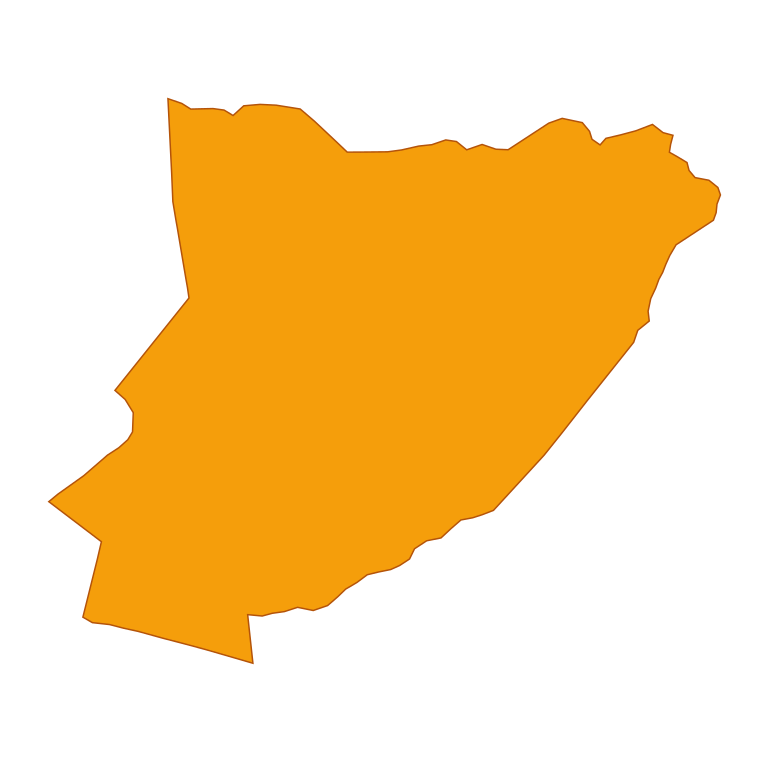 Cacimbinhas, Alagoas, Brazil (Equal Earth projection), rotated 271°
{"feature_id": "56859067B79735294491019", "entity_name": "Cacimbinhas", "entity_type": "district", "adm_level": 2, "iso_a3": "BRA", "parent_name": "Brazil", "parent_adm1": "Alagoas", "projection": "equal_earth", "projection_center": [-36.913, -9.453], "detail": "fine", "context": "isolated", "style": "filled", "palette": "amber", "viewbox_px": 768, "rotation_deg": 271, "n_neighbors": 0, "source": "geoboundaries", "source_scale": "gbopen_adm2", "svg_char_len": 1533}
<svg xmlns="http://www.w3.org/2000/svg" viewBox="0 0 768 768"><g transform="rotate(271 384 384)"><path d="M260.5,50.9L221.4,104.2L204.1,100.5L145.6,87.0L140.3,96.6L138.7,113.8L135.3,127.9L132.4,142.3L125.8,168.0L121.1,187.5L115.3,210.6L102.5,257.8L151.0,251.7L149.9,266.3L152.8,276.3L154.7,288.4L159.2,301.5L156.3,317.2L161.5,331.5L170.5,341.5L178.3,349.3L185.1,360.4L193.0,370.6L195.9,381.7L198.6,393.9L202.8,402.8L209.5,412.6L219.8,417.4L228.0,429.4L231.1,443.7L240.2,453.1L249.4,463.3L251.8,475.0L255.0,484.4L259.6,495.7L315.6,545.3L338.1,562.7L371.2,587.7L430.0,632.9L442.1,636.8L451.6,648.1L461.4,646.8L474.0,649.2L484.7,654.0L493.4,657.0L500.5,660.7L508.4,663.6L517.5,667.5L528.3,673.6L553.5,710.5L561.1,713.1L569.7,713.8L578.9,717.1L586.3,714.4L593.4,705.3L595.8,691.4L602.8,685.3L610.7,683.1L616.2,673.6L620.7,665.3L628.6,666.4L637.7,668.6L640.2,658.6L648.2,647.9L641.5,631.2L637.2,616.2L633.5,601.6L626.8,595.9L632.3,587.7L640.2,585.1L648.8,577.7L652.7,557.5L647.7,544.2L620.4,504.0L620.7,491.8L625.2,477.9L619.6,462.6L627.7,452.2L629.1,441.5L624.1,427.6L622.5,414.6L618.3,397.4L616.2,383.5L615.4,353.9L615.2,343.2L627.3,330.0L645.6,309.8L657.5,295.4L660.9,271.3L661.4,255.2L659.7,238.9L649.8,228.4L655.1,219.3L656.4,208.2L655.5,186.0L661.0,176.9L665.5,163.0L591.3,168.0L562.7,169.7L543.7,173.2L536.1,174.7L486.3,184.0L477.0,185.8L466.6,187.5L372.9,115.1L364.0,125.5L351.0,133.8L331.7,133.4L323.8,128.8L315.6,119.9L308.1,108.8L287.0,85.3L268.2,59.9L260.5,50.9Z" fill="#f59e0b" stroke="#b45309" stroke-width="1.5"/></g></svg>